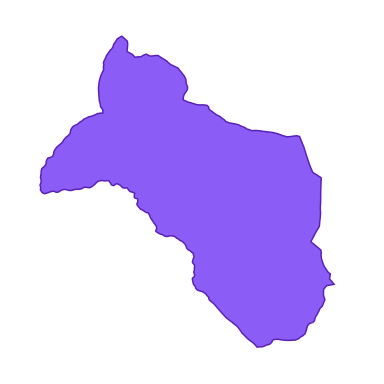 outline of Bara, Samchi, Bhutan, rotated 97°
{"feature_id": "84629894B92719198389791", "entity_name": "Bara", "entity_type": "district", "adm_level": 2, "iso_a3": "BTN", "parent_name": "Bhutan", "parent_adm1": "Samchi", "projection": "equal_earth", "projection_center": [88.859, 27.193], "detail": "fine", "context": "isolated", "style": "filled", "palette": "violet", "viewbox_px": 384, "rotation_deg": 97, "n_neighbors": 0, "source": "geoboundaries", "source_scale": "gbopen_adm2", "svg_char_len": 5874}
<svg xmlns="http://www.w3.org/2000/svg" viewBox="0 0 384 384"><g transform="rotate(97 192 192)"><path d="M338.1,108.4L337.8,107.9L337.7,107.0L337.4,105.8L337.3,104.1L336.6,102.3L334.7,99.0L334.3,98.4L334.3,97.6L333.7,96.5L332.2,95.1L331.2,94.4L330.0,94.2L329.4,93.8L329.0,93.4L328.4,92.1L328.1,91.6L327.8,90.1L327.7,88.4L327.9,84.9L327.7,79.5L327.1,75.3L326.3,71.2L324.4,68.1L323.1,67.1L321.1,64.4L318.8,62.5L314.7,61.6L310.7,61.1L308.2,59.4L306.7,56.2L304.8,54.7L301.5,54.4L297.7,52.7L294.5,51.5L292.0,50.8L289.5,48.8L286.0,47.9L282.7,47.0L278.4,48.9L274.3,49.4L272.4,49.4L268.6,47.0L266.3,39.7L263.6,42.5L261.5,44.9L256.4,44.7L255.2,47.0L249.9,51.6L246.5,53.5L242.4,55.4L238.6,56.3L236.7,56.2L233.8,57.1L227.0,67.8L225.3,67.4L223.2,66.6L221.9,66.0L220.4,65.5L218.6,64.9L216.5,64.0L214.6,63.2L211.1,61.6L210.0,61.4L205.4,61.6L201.3,61.6L197.5,61.8L192.3,62.7L186.4,63.1L180.3,63.8L176.8,64.2L165.9,65.2L164.4,65.2L162.1,65.6L157.7,74.7L150.7,78.6L145.5,81.1L140.4,83.5L133.7,86.5L123.8,92.0L123.4,94.8L124.1,97.9L124.9,100.6L125.6,104.2L125.4,106.4L124.9,109.1L123.7,114.1L123.1,119.3L123.1,121.9L123.1,124.4L123.1,125.9L123.1,127.8L123.1,129.3L123.0,131.6L123.1,135.9L123.3,137.5L123.9,140.1L123.3,142.2L122.7,145.6L121.6,147.3L121.2,149.0L120.5,151.6L119.6,154.1L119.2,157.1L118.8,163.8L117.8,167.2L116.3,168.9L115.2,171.1L113.4,173.9L112.6,176.7L107.9,185.1L105.5,185.9L104.1,187.8L104.2,189.0L104.1,190.4L104.3,192.6L104.7,195.5L104.6,198.9L104.3,200.0L104.1,201.7L103.6,203.9L103.2,207.2L101.5,212.1L97.3,212.0L96.1,211.5L94.6,210.9L93.3,210.1L91.9,209.5L90.4,209.0L88.2,209.2L85.2,210.9L83.0,211.4L81.0,211.8L78.1,213.6L76.5,215.2L74.1,217.5L72.5,219.3L70.8,220.8L69.0,225.9L68.1,228.8L67.0,230.4L65.9,232.1L65.0,233.1L63.6,236.2L61.6,240.5L60.7,242.2L60.9,244.5L61.6,247.1L62.2,250.0L60.8,254.3L61.5,255.8L62.8,257.8L64.0,259.0L64.4,262.0L65.2,265.2L62.7,267.8L60.5,273.6L53.2,273.8L50.2,274.6L47.4,278.4L45.9,280.8L49.1,284.8L50.6,285.5L52.5,286.4L54.1,287.4L55.6,287.8L57.6,288.2L59.8,289.1L61.0,290.3L62.8,291.2L63.9,291.9L65.9,292.8L66.9,293.5L68.3,293.8L70.3,294.4L73.1,295.4L74.9,295.6L76.8,294.9L78.0,295.2L79.1,295.0L80.4,295.0L81.2,294.5L84.2,295.6L87.7,296.7L90.4,297.1L93.8,297.6L97.6,297.5L100.2,297.5L103.3,297.0L106.2,296.4L108.9,295.9L112.8,295.1L115.8,293.8L118.6,293.1L121.3,290.5L124.7,290.2L124.8,292.5L125.9,295.6L127.4,297.9L129.1,301.2L130.1,303.9L131.7,306.2L133.0,308.3L134.8,309.8L136.4,312.0L138.6,313.8L140.2,316.4L141.6,318.2L144.6,319.8L149.0,320.2L151.1,321.7L152.6,323.4L155.5,325.4L158.5,326.8L161.0,328.9L164.0,331.8L167.1,333.3L168.9,334.0L171.5,334.0L173.7,334.8L174.9,336.7L175.9,339.2L178.8,340.4L181.8,340.3L184.3,341.4L186.9,343.9L189.8,344.3L191.8,344.0L193.8,344.2L196.2,344.1L198.9,343.1L201.5,343.1L203.6,343.7L206.0,342.7L208.5,342.7L210.9,340.5L211.6,338.6L211.6,337.9L211.0,336.7L210.2,334.6L209.9,334.1L209.1,332.8L208.6,331.3L208.2,330.0L208.1,329.0L208.4,328.3L208.7,327.2L208.8,326.4L208.5,325.2L208.2,324.4L207.8,323.9L207.3,323.4L206.1,321.7L205.5,320.5L205.0,319.3L204.9,318.5L204.9,318.0L205.1,316.3L205.4,314.2L205.4,313.7L205.4,313.0L205.0,311.4L204.7,310.6L204.2,309.8L204.0,309.1L203.6,308.2L203.3,306.8L203.3,306.0L203.2,305.4L203.1,304.5L202.9,303.9L202.7,303.1L202.0,301.7L201.8,301.3L201.1,300.5L200.5,299.7L200.4,299.1L200.2,297.6L200.2,296.9L200.4,295.4L200.2,294.1L199.6,293.1L199.0,292.1L197.9,291.0L197.2,290.3L195.8,289.1L193.7,287.5L192.6,286.1L192.3,285.2L191.7,283.4L191.6,282.6L191.6,281.1L191.6,280.1L191.6,279.4L191.4,278.8L191.0,278.1L191.0,276.5L191.3,275.7L192.6,274.4L194.0,273.4L194.7,272.8L195.1,271.8L195.2,270.9L194.9,270.0L194.5,269.6L194.0,269.4L193.6,268.9L192.9,267.3L193.2,266.4L193.3,265.8L193.5,265.3L194.0,264.2L194.7,263.2L195.7,262.0L196.2,261.4L196.3,260.4L196.3,259.7L196.3,259.1L196.1,258.4L195.9,257.6L196.0,256.6L196.7,256.1L197.8,255.1L198.4,254.4L199.1,253.5L199.2,252.7L199.4,251.5L199.6,250.6L199.7,249.5L200.4,248.7L201.4,248.9L201.9,248.9L202.6,248.9L204.1,248.7L204.6,248.3L204.9,247.8L205.1,247.3L205.2,246.6L205.3,246.0L205.7,245.1L206.3,244.8L209.0,244.8L209.7,244.9L210.3,245.3L210.9,245.1L211.7,244.8L212.1,244.5L213.0,243.5L214.8,241.6L215.2,241.1L215.9,239.2L216.2,238.3L216.4,237.8L217.0,236.9L217.2,236.5L217.7,235.4L218.0,234.6L218.0,234.0L218.0,233.3L218.3,232.6L219.0,232.3L220.6,231.0L222.2,230.3L223.2,229.7L224.7,228.3L226.4,226.8L227.8,225.7L228.5,224.9L230.4,223.2L231.6,222.7L232.4,222.7L233.1,222.7L234.8,223.2L235.4,223.1L235.9,222.4L236.2,221.8L237.4,219.1L237.6,218.3L237.9,216.4L238.2,215.5L238.6,214.6L239.2,213.6L239.3,212.8L239.2,211.9L239.1,210.9L238.9,210.2L238.2,208.4L238.0,207.0L237.9,206.2L238.0,205.4L238.3,204.1L238.5,202.9L239.1,202.4L239.6,201.9L239.9,201.0L240.1,200.3L240.6,199.4L241.4,198.4L241.8,197.4L241.9,196.5L242.6,195.0L243.6,193.9L244.1,193.1L244.9,192.3L245.3,192.0L245.8,191.7L246.4,191.4L247.1,191.0L248.3,190.4L248.8,190.0L249.3,189.4L249.9,188.5L250.6,186.7L252.0,184.7L252.3,183.7L253.6,183.2L254.5,182.8L255.6,182.3L256.3,182.2L257.7,182.5L258.3,182.7L259.9,182.9L260.6,183.0L261.3,183.1L262.0,182.8L262.5,182.4L263.8,181.1L264.7,180.4L265.1,180.4L266.4,180.4L267.3,180.3L268.4,180.3L269.8,180.2L270.4,180.3L271.3,180.5L272.1,180.1L273.4,179.6L274.3,179.2L274.8,179.3L275.7,179.5L276.4,179.9L277.3,180.9L277.8,181.1L278.3,181.0L279.2,180.8L280.0,180.5L281.3,180.1L282.2,179.8L283.4,179.3L284.2,178.6L285.1,177.5L285.7,177.0L287.0,176.7L288.0,175.5L288.5,175.0L288.9,173.9L289.1,173.0L289.4,170.9L289.7,169.4L290.7,167.2L291.0,166.6L291.9,165.5L292.9,164.7L294.3,162.7L295.9,162.3L296.8,161.8L297.2,161.5L298.2,159.9L298.9,159.0L299.6,157.7L300.5,156.4L308.3,147.8L312.8,142.5L315.6,137.7L316.2,136.5L317.6,134.6L318.4,133.1L320.6,129.9L324.8,126.0L325.7,125.5L327.6,122.9L330.4,119.5L332.1,116.9L333.1,115.1L334.0,113.4L335.5,111.3L338.1,108.4Z" fill="#8b5cf6" stroke="#5b21b6" stroke-width="1.5"/></g></svg>